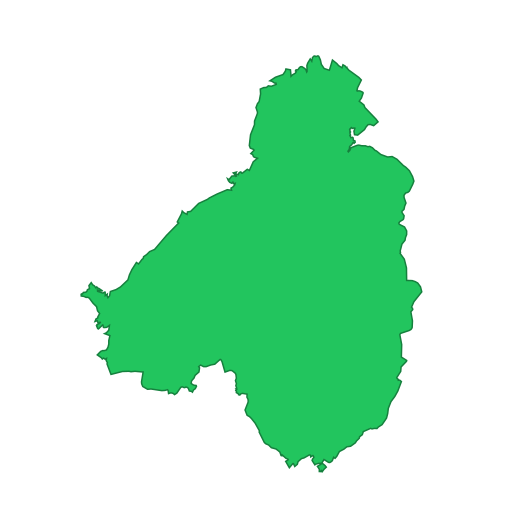 Ghindari, Mures, Romania, rotated 277°
{"feature_id": "2599482B27898691544172", "entity_name": "Ghindari", "entity_type": "district", "adm_level": 2, "iso_a3": "ROU", "parent_name": "Romania", "parent_adm1": "Mures", "projection": "natural_earth1", "projection_center": [24.947, 46.49], "detail": "fine", "context": "isolated", "style": "filled", "palette": "green", "viewbox_px": 512, "rotation_deg": 277, "n_neighbors": 0, "source": "geoboundaries", "source_scale": "gbopen_adm2", "svg_char_len": 6077}
<svg xmlns="http://www.w3.org/2000/svg" viewBox="0 0 512 512"><g transform="rotate(277 256 256)"><path d="M262.5,406.8L270.9,403.6L276.3,398.6L277.1,399.0L278.6,398.5L285.6,399.4L289.8,402.0L292.5,402.1L295.6,402.9L299.2,402.5L302.9,399.9L304.9,394.4L306.1,393.7L307.7,394.6L309.9,397.4L310.9,398.0L314.0,398.1L317.0,395.6L318.1,395.4L320.3,397.2L323.7,397.5L326.8,398.4L332.2,395.8L334.3,395.5L336.7,396.8L337.7,399.0L339.1,400.3L346.2,402.8L349.6,403.6L353.9,401.7L359.3,397.9L362.4,393.8L363.8,391.1L369.2,384.1L371.3,379.0L370.3,374.6L372.0,367.4L374.9,362.8L375.4,361.2L377.6,358.4L378.7,355.5L378.1,353.8L378.7,351.2L378.3,347.5L378.6,344.5L378.2,343.0L375.0,337.0L372.1,336.2L370.6,335.0L371.2,334.5L373.5,335.6L376.1,335.6L378.2,337.5L380.4,338.4L380.6,338.8L379.8,339.6L381.0,340.6L382.4,340.1L382.6,338.6L385.2,337.9L385.6,337.1L385.0,335.8L387.1,334.5L387.5,335.1L389.7,334.1L390.6,334.7L391.3,333.9L392.1,334.0L392.8,333.5L393.7,333.8L393.8,334.4L394.8,334.7L395.1,334.9L394.4,336.3L395.0,337.6L394.9,338.6L391.8,338.0L388.4,339.0L388.4,342.2L394.7,348.3L397.3,349.4L400.0,351.2L400.5,353.4L399.7,356.9L404.0,360.8L406.5,358.4L416.6,346.0L419.1,344.7L422.2,339.6L425.7,341.4L430.9,342.5L431.6,341.9L432.4,339.5L432.5,338.1L432.1,336.5L432.3,336.0L435.5,336.3L443.5,339.1L445.8,336.3L451.9,325.3L453.6,323.5L454.4,323.2L454.1,322.6L455.4,321.4L456.4,319.0L453.3,318.4L455.0,314.8L456.9,312.7L459.8,308.0L449.3,306.2L450.4,300.8L454.2,297.5L458.5,296.0L461.8,294.0L462.2,293.1L461.2,291.1L461.7,290.2L461.6,289.3L459.9,287.9L456.1,287.6L458.2,285.8L453.7,283.8L451.3,283.3L445.5,284.2L444.8,283.9L447.0,282.8L448.1,281.5L449.5,278.6L449.3,277.2L448.4,276.2L446.0,274.9L445.6,273.0L444.5,272.6L443.9,273.5L442.3,272.8L440.3,270.2L438.6,268.9L445.0,267.5L445.3,262.9L443.1,262.6L439.4,260.7L435.8,253.5L431.6,248.5L431.4,250.4L429.9,253.4L430.0,254.8L428.8,255.2L426.3,250.5L426.4,247.5L424.6,245.8L424.1,243.1L422.2,239.9L417.4,240.8L409.7,240.3L407.4,238.9L403.3,237.9L399.1,239.9L397.5,240.0L389.8,238.1L386.1,238.5L375.7,235.8L364.8,235.9L362.4,237.2L361.5,240.6L360.8,241.2L357.0,238.4L356.3,240.3L354.5,241.3L353.9,242.1L353.2,245.6L349.2,241.8L340.1,239.0L341.0,236.8L336.5,232.3L336.5,231.6L337.6,230.7L337.3,229.9L336.0,228.7L334.6,228.6L334.9,225.6L336.9,226.3L335.7,223.3L334.1,225.2L333.7,226.5L332.8,226.8L332.5,226.2L333.0,225.3L332.4,222.3L328.5,219.9L329.2,218.4L327.4,219.4L325.9,221.0L325.2,223.3L326.5,224.1L324.9,225.3L325.5,226.4L323.8,226.1L321.5,224.5L320.3,222.9L318.3,223.7L318.3,219.4L312.7,209.7L308.0,202.7L306.3,200.9L301.2,192.7L292.3,185.7L291.4,182.6L288.9,182.5L290.2,179.1L291.6,177.3L288.8,176.9L280.2,173.7L279.3,175.2L265.6,164.7L250.1,154.5L247.4,149.9L244.1,147.3L241.6,144.5L239.7,144.3L238.8,143.3L233.8,140.4L235.0,138.1L227.4,134.5L222.0,132.7L216.7,131.8L208.8,125.3L205.6,121.2L203.0,115.8L198.6,115.5L196.6,114.1L198.4,113.0L200.0,113.0L198.3,111.2L201.7,110.7L201.7,109.9L200.5,108.7L201.6,103.1L202.9,102.8L202.3,105.5L202.9,105.8L202.5,107.4L202.8,107.6L204.7,103.9L204.7,103.2L205.9,101.7L204.8,101.0L206.6,99.3L207.5,97.4L209.5,95.7L206.3,93.8L203.3,94.7L202.0,92.8L200.7,92.6L199.3,91.5L198.8,89.1L197.1,88.3L197.1,87.4L196.7,87.1L195.0,87.4L194.9,90.2L194.2,92.4L194.5,94.2L193.8,95.7L189.1,100.2L186.3,103.9L182.3,105.4L179.9,107.8L176.2,106.4L175.2,106.5L174.1,104.9L171.4,104.2L172.4,106.3L170.3,107.4L171.3,109.3L171.0,109.6L169.8,108.7L168.5,106.5L167.3,106.7L167.2,106.3L164.7,107.7L164.4,108.5L168.9,112.2L168.8,112.6L166.7,113.2L166.4,113.8L167.0,116.5L169.3,119.0L164.4,118.9L161.6,116.9L160.5,115.2L159.2,120.7L154.2,120.2L150.6,120.6L147.4,120.2L144.5,119.0L143.5,116.7L143.5,115.5L142.4,113.5L138.5,110.5L136.1,115.0L135.0,116.0L136.1,117.2L135.2,118.8L136.1,120.1L134.0,120.0L132.0,121.5L130.7,121.3L120.8,126.5L125.1,137.5L126.1,144.0L125.9,146.0L126.8,149.9L127.1,158.1L117.1,157.7L115.2,158.1L112.7,159.5L110.5,164.6L111.2,168.0L110.9,178.9L111.5,182.0L112.5,184.5L111.7,185.2L108.8,186.0L109.6,187.6L109.8,189.2L109.4,190.8L108.5,192.0L110.2,194.1L116.4,197.3L117.2,198.6L116.6,200.7L116.7,201.4L117.4,202.3L117.3,203.5L116.5,204.9L113.9,206.3L113.8,208.4L113.1,209.5L115.4,210.3L116.9,211.9L119.4,212.8L120.2,212.4L120.2,209.9L121.6,207.1L124.3,207.3L127.2,209.3L130.1,210.1L133.9,213.5L138.1,213.6L139.2,212.6L141.0,214.3L139.8,217.5L140.1,220.0L142.3,224.3L143.6,228.3L149.0,233.0L148.9,233.7L147.1,235.1L137.0,239.4L139.3,244.0L139.3,246.3L137.2,249.6L136.0,250.5L132.3,251.4L129.8,250.8L127.0,252.1L124.8,251.8L122.4,253.0L121.7,252.2L121.1,253.1L120.1,252.3L119.3,253.1L118.0,253.1L117.1,255.3L116.2,255.6L116.0,256.6L116.3,257.2L117.1,257.4L118.0,259.2L117.8,264.0L114.8,264.2L112.5,265.7L110.0,266.0L101.8,263.9L96.8,266.6L95.8,269.1L94.2,271.2L90.0,275.5L82.9,280.7L81.6,280.6L71.9,287.0L70.8,288.6L70.0,291.5L67.6,294.6L66.9,299.3L65.8,301.3L64.3,303.6L61.0,305.2L60.9,305.9L61.9,305.8L61.8,306.2L58.9,310.3L58.3,312.5L57.9,312.8L57.1,312.3L55.8,310.5L49.9,314.9L54.5,317.9L54.5,318.5L51.8,320.1L54.3,322.4L57.0,322.8L60.5,325.9L61.4,328.2L65.0,333.1L65.1,333.9L64.8,334.4L63.3,334.8L64.9,336.8L64.2,337.5L63.1,338.0L61.2,336.8L59.9,336.6L55.9,339.9L56.6,340.5L57.8,343.3L58.1,345.7L57.3,345.9L54.7,342.6L52.1,344.8L49.8,345.1L49.9,346.4L51.7,347.2L50.1,347.3L49.8,347.9L52.6,349.5L55.0,351.5L56.5,350.0L58.6,346.6L62.3,348.3L60.0,353.1L60.0,354.4L60.7,355.4L62.1,356.7L65.7,357.6L64.8,359.1L67.0,360.6L72.1,362.6L75.0,366.8L77.7,369.4L78.7,373.1L82.7,377.4L84.7,378.3L87.7,380.7L89.2,380.8L91.6,383.3L94.8,383.9L98.9,390.8L98.5,392.2L99.3,394.4L99.5,397.1L101.2,398.3L104.0,401.7L111.0,405.3L115.6,405.9L120.9,405.9L127.9,407.7L133.5,410.9L139.2,413.2L149.1,415.6L150.3,413.7L150.0,412.4L150.9,412.2L151.7,410.9L152.4,410.5L159.1,413.7L163.5,413.5L169.8,418.2L170.7,418.3L173.4,412.6L185.8,411.4L195.5,408.3L196.8,408.9L200.7,417.1L201.9,418.7L203.0,419.4L204.2,419.7L210.7,419.2L219.5,416.5L221.9,418.1L223.2,417.7L224.1,416.6L229.9,418.3L240.6,424.9L245.5,423.0L248.9,419.8L250.0,417.1L250.6,414.0L250.1,408.5L262.5,406.8Z" fill="#22c55e" stroke="#15803d" stroke-width="1.5"/></g></svg>